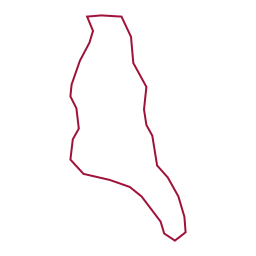 outline of Kiomourtzou, Cyprus
{"feature_id": "46923920B18186320704547", "entity_name": "Kiomourtzou", "entity_type": "district", "adm_level": 2, "iso_a3": "CYP", "parent_name": "Cyprus", "parent_adm1": "", "projection": "mercator", "projection_center": [33.258, 35.289], "detail": "fine", "context": "isolated", "style": "outline", "palette": "rose", "viewbox_px": 256, "rotation_deg": 0, "n_neighbors": 0, "source": "geoboundaries", "source_scale": "gbopen_adm2", "svg_char_len": 477}
<svg xmlns="http://www.w3.org/2000/svg" viewBox="0 0 256 256"><path d="M174.9,240.6L185.6,232.3L184.4,216.8L178.4,196.5L167.8,177.5L157.1,165.5L152.3,135.7L146.4,125.0L144.0,109.5L146.4,86.9L133.3,63.0L131.0,36.8L121.5,16.6L101.3,15.4L87.1,16.6L93.0,30.9L89.4,42.8L79.9,60.7L71.6,84.5L70.4,96.4L76.4,108.3L78.8,128.6L72.8,139.3L70.4,159.6L83.5,173.9L109.6,179.9L129.8,187.0L141.6,196.5L160.6,221.6L164.2,233.5L174.9,240.6Z" fill="none" stroke="#9f1239" stroke-width="2"/></svg>